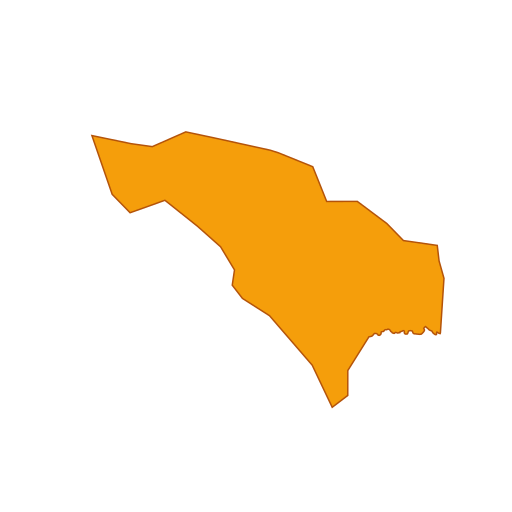 Xujirt, Övörhangay, Mongolia (Natural Earth projection), rotated 205°
{"feature_id": "93677404B44438011244010", "entity_name": "Xujirt", "entity_type": "district", "adm_level": 2, "iso_a3": "MNG", "parent_name": "Mongolia", "parent_adm1": "Övörhangay", "projection": "natural_earth1", "projection_center": [102.533, 46.906], "detail": "fine", "context": "isolated", "style": "filled", "palette": "amber", "viewbox_px": 512, "rotation_deg": 205, "n_neighbors": 0, "source": "geoboundaries", "source_scale": "gbopen_adm2", "svg_char_len": 1942}
<svg xmlns="http://www.w3.org/2000/svg" viewBox="0 0 512 512"><g transform="rotate(205 256 256)"><path d="M96.2,342.2L128.9,332.3L151.1,340.7L187.3,348.3L215.0,335.3L242.3,360.9L279.2,359.0L287.8,357.9L345.4,345.0L372.1,338.8L396.2,311.3L416.7,305.0L455.6,295.8L412.4,251.1L388.4,242.0L362.1,268.0L322.3,258.4L322.2,258.4L292.0,249.4L269.6,234.3L265.2,219.5L250.3,211.8L218.5,207.6L158.9,180.8L123.0,151.1L113.9,168.4L124.4,191.0L122.4,207.2L119.5,230.5L117.9,231.6L117.0,232.5L116.4,234.1L116.2,235.2L115.7,236.0L114.9,236.3L114.1,236.6L113.1,236.5L112.7,236.4L111.9,235.9L111.3,236.0L110.7,236.2L110.4,236.5L110.0,237.2L109.8,238.0L109.9,238.7L110.2,239.4L110.4,239.9L110.1,240.5L109.6,240.8L109.2,241.1L108.7,241.4L108.4,241.8L108.2,243.1L107.9,243.6L107.5,244.0L106.4,244.4L105.6,245.4L104.8,245.7L104.1,245.7L103.3,245.5L102.8,245.2L102.3,244.8L101.9,244.6L101.6,244.5L101.1,244.5L100.5,244.3L100.1,244.0L99.5,244.0L98.6,244.1L98.2,244.2L97.8,244.5L97.6,245.1L97.4,245.6L97.0,245.8L96.5,245.9L95.8,246.0L95.2,246.0L94.8,246.2L94.0,246.9L93.8,247.1L93.5,247.1L93.3,247.2L93.2,247.3L93.2,247.6L93.3,247.9L93.4,248.1L92.9,248.6L92.2,249.2L91.7,249.7L91.3,250.4L90.7,250.7L90.5,250.8L90.1,250.6L89.7,250.3L89.4,249.7L89.2,249.1L88.9,248.8L88.1,248.4L87.3,248.5L86.6,248.9L86.0,249.2L85.8,249.8L85.9,250.7L86.0,251.9L86.0,252.5L85.5,253.0L84.4,253.7L83.4,253.9L82.6,254.0L82.1,253.6L81.5,252.9L81.0,252.5L80.5,252.4L80.1,252.3L79.6,252.4L79.1,252.6L78.7,252.7L78.3,253.0L77.2,253.2L76.0,253.7L74.9,254.0L74.0,254.5L73.2,255.0L72.7,256.0L72.3,257.2L72.0,258.3L71.9,259.3L72.0,260.1L72.4,260.6L73.3,261.1L73.3,261.9L73.2,262.6L72.8,263.1L72.5,263.7L70.9,263.2L69.5,262.9L68.1,262.3L67.0,262.2L64.9,262.3L63.6,261.4L62.9,261.0L61.7,260.7L60.4,260.5L59.6,260.7L59.3,261.2L60.0,263.1L59.9,263.5L59.2,263.5L58.2,263.3L57.3,263.3L56.3,263.5L56.4,264.3L76.2,315.2L88.0,328.9L96.2,342.2Z" fill="#f59e0b" stroke="#b45309" stroke-width="1.5"/></g></svg>